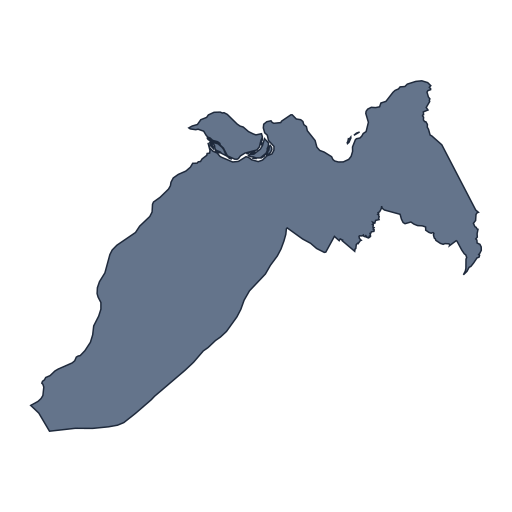 the district of Ituzaingó, Corrientes, Argentina
{"feature_id": "61730980B54493504343974", "entity_name": "Ituzaingó", "entity_type": "district", "adm_level": 2, "iso_a3": "ARG", "parent_name": "Argentina", "parent_adm1": "Corrientes", "projection": "mercator", "projection_center": [-56.603, -27.951], "detail": "fine", "context": "isolated", "style": "filled", "palette": "slate", "viewbox_px": 512, "rotation_deg": 0, "n_neighbors": 0, "source": "geoboundaries", "source_scale": "gbopen_adm2", "svg_char_len": 6110}
<svg xmlns="http://www.w3.org/2000/svg" viewBox="0 0 512 512"><path d="M479.6,255.3L478.7,254.4L479.6,253.7L481.3,250.3L481.2,246.9L479.9,244.3L477.1,243.0L476.9,240.1L475.8,238.9L477.3,237.1L477.1,233.7L478.0,229.3L477.1,229.0L476.1,227.3L474.9,226.7L473.4,223.3L475.6,220.5L476.0,214.4L477.1,212.8L478.4,212.3L475.7,210.0L441.8,144.8L431.9,136.0L430.1,135.0L428.5,129.3L427.3,127.2L427.4,124.4L425.8,121.7L424.6,121.6L423.4,119.9L423.6,117.2L422.5,115.9L422.7,115.1L423.6,114.7L423.3,111.9L428.0,110.0L426.2,107.5L429.7,101.5L429.3,100.3L429.9,98.9L428.4,97.0L427.0,92.1L427.9,90.6L430.6,89.7L430.7,88.8L429.3,87.3L430.8,85.7L427.7,82.6L421.8,80.8L415.8,81.4L407.3,84.1L404.9,86.5L400.1,86.9L398.5,88.9L395.1,90.4L393.0,92.3L385.9,101.4L380.9,103.0L379.6,106.8L375.6,107.6L371.3,107.3L367.7,109.1L366.1,111.3L365.8,113.5L368.4,122.3L366.1,131.6L363.2,133.5L361.8,136.1L359.9,138.0L356.5,138.7L355.4,139.7L352.5,147.0L352.6,151.4L351.1,156.4L348.7,159.4L343.3,161.9L338.5,162.0L334.7,161.0L332.9,159.5L331.6,156.7L324.2,152.1L319.7,150.4L316.9,147.2L315.1,140.5L307.3,130.7L306.4,126.6L303.8,124.6L302.9,121.5L300.7,119.7L296.3,119.0L292.2,114.8L290.9,114.8L281.6,121.1L280.7,122.6L273.8,123.3L272.1,122.4L271.0,120.8L266.8,121.7L263.7,124.2L263.3,127.9L264.7,132.8L267.3,135.2L268.5,140.5L274.0,146.4L273.9,150.3L271.9,154.0L267.0,155.8L262.5,160.1L258.2,161.6L251.7,159.8L248.6,157.5L246.0,156.7L238.4,161.4L232.7,162.0L221.4,157.2L219.8,156.2L217.3,153.1L212.9,151.2L209.7,147.8L208.0,142.8L210.0,150.5L209.6,153.1L207.1,153.5L206.8,155.3L202.1,158.9L200.5,161.5L198.3,161.8L197.0,163.2L192.7,163.3L190.4,167.2L185.8,171.1L178.3,174.4L173.3,177.9L171.0,182.2L170.4,185.8L168.5,189.1L160.1,197.3L153.5,202.0L152.5,204.3L152.1,212.0L149.8,216.5L139.7,226.1L135.5,232.5L116.9,245.2L112.2,250.0L109.9,254.5L104.9,272.9L99.5,281.6L97.4,287.7L97.1,293.6L98.1,297.1L100.9,302.5L100.9,309.2L98.7,316.1L93.7,325.9L92.7,334.8L90.4,342.3L84.9,350.7L80.2,355.6L78.2,356.0L76.3,357.1L74.7,360.8L72.2,362.9L58.3,369.0L54.9,371.0L50.1,375.6L45.7,377.5L44.4,379.9L42.5,381.3L41.8,383.2L42.9,384.3L43.8,387.1L42.9,395.5L41.0,398.6L38.0,401.4L30.7,405.4L38.8,413.1L49.5,431.2L75.2,428.3L92.6,428.4L108.6,426.8L117.5,425.2L123.8,422.6L135.8,413.1L151.3,399.7L154.6,396.2L185.0,370.3L193.6,362.2L203.3,350.9L208.0,347.6L215.5,340.5L220.5,337.0L226.5,331.4L236.9,316.9L240.8,309.4L244.1,300.2L249.5,290.8L265.4,274.0L270.4,265.3L277.3,256.0L281.0,249.0L283.9,241.1L285.8,234.4L286.4,228.8L287.2,227.9L302.6,239.0L310.6,243.3L316.6,248.5L324.3,252.4L325.8,252.1L334.4,236.4L339.2,240.7L340.2,238.9L342.6,240.1L342.2,240.7L354.7,251.3L355.0,249.2L355.8,248.5L356.3,244.5L357.9,243.1L358.2,243.5L360.4,240.5L361.2,240.3L359.4,238.4L359.0,236.5L359.4,235.8L361.9,235.9L363.3,235.1L363.3,235.9L364.7,236.6L365.8,235.6L366.4,236.5L365.4,236.7L368.2,237.9L368.4,237.2L369.4,237.5L370.4,236.4L369.7,235.9L370.5,235.3L370.0,233.6L370.5,233.7L371.4,231.8L373.9,231.4L374.2,229.8L373.1,229.0L374.1,227.6L372.9,227.1L373.3,225.0L372.5,224.5L373.5,223.7L372.7,222.2L374.8,223.1L375.6,220.4L379.1,219.6L378.6,218.3L379.2,216.7L378.6,215.8L378.8,214.7L377.8,214.3L378.6,213.5L378.1,212.6L379.5,211.9L380.5,210.2L381.4,208.3L381.6,206.1L382.2,208.3L384.4,210.0L400.1,214.3L401.4,219.1L403.1,222.5L405.0,223.7L410.9,222.0L413.9,224.1L417.6,225.6L422.2,225.8L425.6,227.0L425.7,230.2L428.9,232.4L431.2,233.2L432.9,232.6L433.6,233.0L433.9,233.6L433.4,234.8L434.3,238.1L435.2,238.7L435.9,240.4L440.4,243.4L443.2,244.3L444.9,243.6L448.9,243.8L449.8,244.8L449.5,245.7L456.2,240.7L457.0,241.2L461.7,250.0L464.3,253.8L465.8,254.9L466.7,257.5L466.0,259.1L465.9,268.3L465.3,271.1L463.4,274.8L467.0,271.3L469.1,267.3L470.9,266.4L473.6,263.0L477.0,257.9L479.0,257.2L479.6,255.3ZM220.2,112.1L214.0,112.3L208.4,114.9L206.6,117.4L200.8,119.7L197.4,124.5L192.2,126.0L188.8,127.9L190.2,128.9L195.7,129.7L198.1,129.2L203.7,131.2L206.2,135.4L207.9,137.2L210.1,138.0L212.7,140.4L217.6,141.7L219.8,143.3L220.3,145.2L223.4,148.1L227.4,155.8L234.8,159.2L237.2,159.2L238.4,158.6L240.4,155.9L244.9,153.1L256.8,150.0L259.4,146.9L260.9,140.6L262.4,137.0L261.5,133.7L255.9,134.9L253.2,133.9L248.5,131.6L243.2,127.0L240.1,126.1L237.2,124.1L227.3,114.4L224.0,112.7L222.4,113.0L220.2,112.1ZM267.3,150.3L267.2,148.7L268.2,146.3L268.6,143.1L264.5,138.6L262.5,145.5L260.4,149.1L253.8,154.2L249.1,154.6L248.4,155.6L251.1,156.8L252.9,156.8L256.1,157.9L260.3,157.9L266.1,153.2L267.3,150.3ZM206.9,137.5L208.1,139.5L212.8,142.7L214.6,145.9L214.8,148.1L215.8,150.1L220.3,152.0L221.6,153.4L226.3,155.8L223.7,149.5L221.9,147.2L218.0,143.8L214.3,142.8L209.5,140.0L206.9,137.5ZM268.6,154.3L270.5,152.4L271.9,149.7L271.6,147.5L270.2,145.4L269.4,146.4L268.8,150.1L268.0,151.2L266.9,155.0L268.6,154.3ZM350.9,138.0L350.8,137.0L349.3,139.0L348.4,138.7L347.8,141.7L347.2,142.5L347.5,143.6L349.0,142.3L350.9,138.0ZM209.8,142.9L210.6,145.7L213.3,148.6L213.1,146.4L209.8,142.9ZM217.7,142.1L213.1,141.5L214.6,142.6L218.6,143.6L217.7,142.1ZM215.5,150.3L215.9,151.3L217.5,152.4L220.8,153.0L215.5,150.3ZM211.2,139.9L210.3,138.7L207.4,137.2L209.1,139.2L211.2,139.9ZM353.9,135.3L359.6,132.0L356.5,133.1L353.9,135.3ZM250.6,153.8L253.2,152.7L254.5,152.5L255.1,152.0L254.3,151.7L251.2,152.7L250.6,153.8ZM255.6,152.2L252.4,153.1L251.2,153.9L254.1,153.5L255.6,152.2ZM264.6,154.6L263.1,156.4L260.6,158.3L264.1,156.3L264.6,154.6ZM260.9,142.1L262.3,140.0L262.3,138.5L261.1,140.6L260.9,142.1ZM256.8,158.6L253.4,157.6L253.0,158.2L256.8,158.6ZM211.6,143.4L209.3,142.0L212.4,145.1L211.6,143.4ZM268.2,147.4L267.3,149.0L267.7,150.4L268.3,149.0L268.2,147.4ZM261.2,144.7L261.9,143.3L261.5,142.2L260.9,143.1L260.7,144.4L261.2,144.7ZM226.7,155.5L227.3,156.6L229.0,157.5L229.6,157.2L226.7,155.5ZM231.3,158.3L228.6,158.1L231.2,158.9L231.3,158.3ZM249.0,152.9L248.3,152.6L247.1,153.7L247.2,153.8L249.0,152.9ZM265.7,155.4L267.1,154.2L266.9,153.5L265.7,155.4ZM219.7,144.4L219.7,143.4L218.8,142.8L219.1,144.2L219.7,144.4ZM252.2,151.9L253.6,151.8L253.9,151.5L252.2,151.9ZM211.1,142.0L209.6,141.8L211.4,142.5L211.1,142.0ZM213.6,140.7L212.4,140.6L213.9,141.0L213.6,140.7Z" fill="#64748b" stroke="#1e293b" stroke-width="1.5"/></svg>